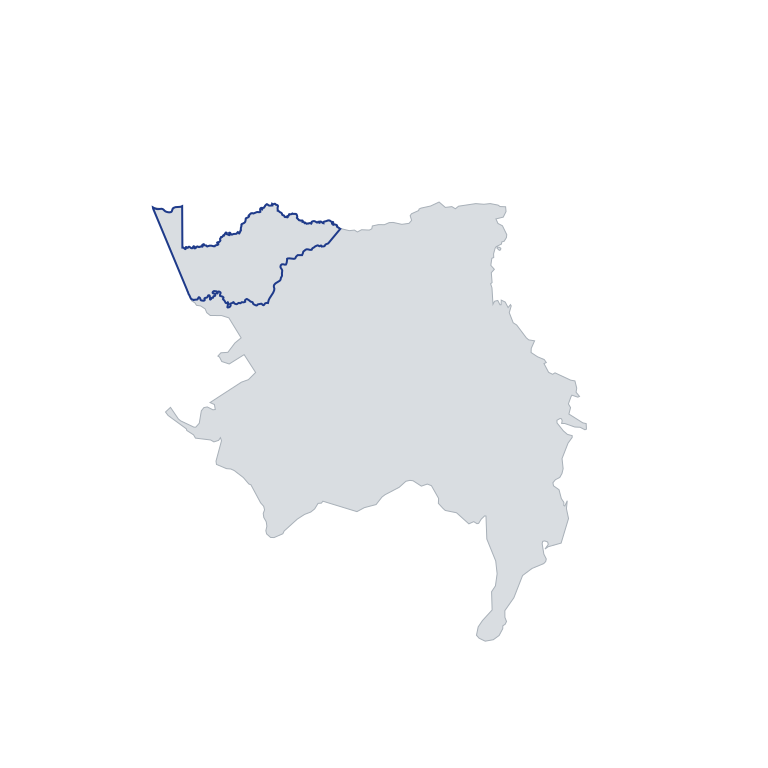 Amazonas on a map of Colombia (Mercator projection), rotated 147°
{"feature_id": "COL-1283", "entity_name": "Amazonas", "entity_type": "Commissiary", "adm_level": 1, "iso_a3": "COL", "parent_name": "Colombia", "parent_adm1": "", "projection": "mercator", "projection_center": [-71.672, -2.052], "detail": "fine", "context": "in_parent", "style": "outline", "palette": "blue", "viewbox_px": 768, "rotation_deg": 147, "n_neighbors": 0, "source": "natural_earth", "source_scale": "10m", "svg_char_len": 9817}
<svg xmlns="http://www.w3.org/2000/svg" viewBox="0 0 768 768"><g transform="rotate(147 384 384)"><path d="M437.3,129.0L430.2,132.0L416.4,135.6L406.9,151.2L400.5,154.0L392.5,163.2L386.7,174.7L382.2,198.0L370.4,217.7L371.4,218.6L376.1,217.7L380.5,215.6L382.1,216.2L383.7,219.7L389.0,220.5L393.3,236.5L401.5,244.6L402.3,247.7L403.4,254.3L400.5,258.3L399.6,272.9L402.2,276.5L408.3,278.0L412.3,287.0L414.8,289.1L418.6,290.5L427.5,289.1L443.5,290.6L447.3,290.3L456.3,287.2L467.8,291.0L476.2,291.7L499.1,319.0L501.4,318.2L504.3,319.8L510.2,317.0L515.1,316.5L521.7,317.9L530.4,317.9L547.8,315.1L550.4,313.5L559.9,315.1L562.7,317.1L564.1,322.2L563.0,325.3L559.7,328.5L557.8,332.6L557.5,337.5L555.8,341.2L552.7,343.5L551.5,347.0L552.2,351.5L550.5,372.0L551.8,373.7L552.9,382.1L556.8,393.1L558.8,396.2L562.2,398.8L568.3,407.8L566.9,410.8L551.2,424.9L550.4,428.1L553.4,426.8L558.2,428.1L559.9,431.5L571.6,441.3L571.4,445.1L574.7,452.4L574.2,454.1L582.2,475.1L582.5,479.5L575.8,480.7L575.5,466.7L574.6,463.8L566.9,451.3L565.4,450.3L560.3,451.7L551.8,461.0L547.9,462.3L544.7,461.0L541.5,455.5L539.4,454.5L537.4,459.1L540.0,463.2L502.6,463.2L495.4,461.5L485.4,463.6L485.3,484.8L502.9,485.1L507.8,491.2L507.3,496.2L508.1,497.9L503.8,499.0L497.7,495.6L486.7,499.6L478.7,500.5L478.1,524.0L482.9,529.8L492.4,536.1L493.8,540.3L493.1,544.4L495.3,549.4L498.4,552.1L498.4,555.1L500.0,558.5L481.5,658.0L474.9,651.9L472.6,646.4L469.3,644.2L463.1,645.9L456.4,643.1L478.0,609.4L477.3,606.3L459.2,598.1L457.4,596.0L448.8,591.6L444.0,592.8L441.3,595.1L434.8,595.7L429.5,592.2L423.2,589.8L415.6,595.5L413.3,595.4L407.9,597.9L402.1,598.8L394.6,596.3L388.6,598.1L384.3,597.7L382.7,595.9L377.3,593.9L376.7,591.6L378.3,587.5L376.0,579.3L375.1,577.9L371.0,577.8L366.2,574.8L365.2,573.0L366.2,569.7L365.4,566.8L360.7,560.3L354.2,558.6L347.9,553.1L341.7,551.2L338.8,547.3L336.1,538.4L329.6,531.5L325.0,529.2L323.5,526.0L318.8,525.6L312.5,521.1L309.7,520.8L307.7,522.9L301.9,520.7L296.9,517.4L291.7,516.5L288.3,514.5L282.1,508.2L275.5,505.1L271.7,506.2L270.4,510.9L268.2,511.8L260.5,510.6L259.3,511.6L257.3,511.4L248.0,507.9L238.7,506.6L236.4,498.7L230.5,495.8L228.7,492.1L224.6,492.5L208.8,485.3L202.3,480.3L196.7,477.5L190.9,471.9L190.0,469.6L185.5,466.4L187.7,462.2L193.1,459.0L200.2,461.5L201.0,456.6L198.5,452.2L199.7,442.4L201.5,440.2L205.4,438.3L207.8,439.0L209.3,437.4L215.1,438.1L216.8,437.4L221.2,433.5L223.1,430.3L225.1,430.7L229.8,425.3L229.0,420.1L233.4,418.9L238.1,410.2L240.0,410.0L241.1,405.8L249.2,391.5L246.2,393.2L243.1,392.1L243.6,387.3L242.6,386.7L240.0,390.5L237.7,386.7L238.3,380.5L234.7,381.7L234.8,380.2L240.1,375.6L242.3,365.0L240.6,361.2L239.5,345.2L238.6,342.2L234.2,338.2L241.1,333.7L243.5,330.3L240.4,323.2L236.3,317.2L236.2,313.6L238.7,314.0L239.6,304.1L237.3,300.3L234.5,300.2L225.4,285.6L222.2,282.6L224.6,275.6L227.4,272.5L226.8,267.1L228.6,267.4L232.5,272.3L234.1,271.5L240.2,266.9L240.4,262.6L245.3,258.1L238.4,243.1L236.0,240.7L238.8,235.9L240.4,236.2L243.1,240.9L247.4,244.0L253.8,252.3L256.5,254.2L254.6,256.1L254.1,258.1L255.1,259.2L258.7,259.4L260.1,257.1L259.1,246.9L257.6,241.8L254.3,238.2L255.3,236.7L261.8,234.2L275.3,224.5L279.9,215.4L283.5,212.0L287.5,209.9L292.3,210.4L296.1,209.2L297.3,206.3L294.8,200.0L297.7,191.3L297.6,186.8L299.4,184.2L298.8,183.2L293.9,186.3L298.9,180.1L302.5,170.7L322.1,154.1L334.9,158.1L338.9,157.9L333.6,160.0L332.8,162.4L334.7,164.9L336.6,165.6L338.3,164.0L342.6,154.3L343.2,148.9L345.0,147.1L347.8,146.4L360.3,148.7L372.1,147.9L391.5,134.0L406.1,128.1L409.7,122.4L410.6,118.1L413.3,116.5L416.0,116.5L417.7,114.1L424.4,110.4L431.6,110.0L439.2,113.2L442.7,119.0L443.3,122.9L437.3,129.0ZM215.3,436.4L214.4,437.1L212.7,435.8L212.1,434.2L213.2,433.0L214.5,433.3L215.3,436.4Z" fill="#d9dde1" stroke="#a8b0b8" stroke-width="1"/><path d="M499.3,560.0L499.4,561.4L498.9,564.4L498.9,565.9L498.3,568.2L498.3,568.8L497.9,570.5L482.1,656.9L481.6,658.0L480.7,656.2L479.4,654.6L478.4,653.8L475.1,652.1L474.3,651.2L473.9,650.1L473.7,649.0L473.3,647.8L472.5,646.7L471.5,645.6L470.3,644.7L469.0,644.2L468.1,644.3L467.4,644.8L466.1,645.9L465.2,646.3L464.4,646.3L462.6,645.9L457.9,643.3L456.4,643.1L478.8,608.2L478.2,607.8L477.9,607.4L477.3,605.5L477.0,605.3L476.3,605.7L475.8,606.6L475.5,606.7L475.2,606.5L475.1,605.6L474.4,605.1L473.3,605.5L472.7,605.3L472.3,604.7L471.9,603.3L471.5,602.7L470.8,602.3L470.1,602.5L469.5,602.9L468.7,603.2L468.1,602.5L468.1,602.2L469.0,601.8L469.1,601.1L468.7,600.7L467.3,600.7L466.2,601.1L465.9,601.1L465.5,600.9L465.0,600.0L464.6,599.6L464.0,599.3L462.8,599.1L462.3,598.8L461.9,598.4L461.5,598.1L460.9,598.4L460.9,599.4L460.6,599.6L459.3,599.6L459.0,599.4L458.9,598.2L458.7,597.8L457.6,596.9L457.6,596.0L457.3,595.6L455.9,595.3L454.7,594.9L453.5,594.1L451.9,592.3L450.9,591.7L450.2,592.0L449.4,591.9L448.0,591.3L447.0,591.3L446.7,591.7L446.8,592.5L447.1,593.3L446.8,593.5L446.0,593.4L445.2,592.9L443.8,593.1L443.1,593.4L442.5,595.0L441.5,595.4L440.9,595.9L440.6,596.0L439.8,595.6L439.5,595.5L438.3,596.0L437.7,596.2L437.4,595.7L435.1,596.9L434.0,597.1L433.6,596.4L433.8,596.2L434.2,595.8L434.3,595.5L434.2,595.2L433.4,594.2L432.8,593.2L432.5,593.0L432.0,593.5L431.7,594.7L431.5,595.1L430.9,594.9L430.7,594.4L430.7,593.0L430.5,592.4L430.2,592.1L428.3,591.7L426.3,590.5L425.6,590.4L424.5,590.9L423.8,591.0L423.6,590.5L423.6,589.3L423.4,589.1L422.6,589.5L420.7,590.7L420.4,590.7L419.1,592.8L417.3,594.3L417.1,595.0L416.7,595.4L416.2,595.6L414.1,595.3L413.1,595.3L412.1,595.6L411.2,596.4L409.8,598.1L409.3,598.2L407.2,597.8L406.9,597.8L406.0,598.0L405.9,598.1L405.9,598.8L405.8,599.0L403.4,599.5L402.7,599.6L402.1,599.4L401.5,599.1L401.1,598.7L400.9,598.3L400.6,598.1L397.3,597.5L396.7,597.3L395.2,596.1L394.6,595.8L394.0,595.7L393.6,596.3L392.7,598.1L392.3,598.4L391.8,598.6L391.6,598.6L391.4,597.4L391.1,596.8L390.4,597.3L390.2,598.0L389.3,597.4L388.8,597.2L387.0,597.9L386.6,598.3L386.2,598.4L384.5,598.7L384.2,598.5L383.9,598.0L383.4,596.5L382.8,595.9L380.5,594.6L380.1,595.7L379.7,596.1L379.4,595.4L379.2,595.1L377.7,594.8L377.2,594.4L377.0,593.2L376.4,592.7L375.9,591.8L375.9,591.5L376.0,590.9L377.5,589.5L377.8,588.8L378.8,587.2L378.3,586.8L377.7,584.8L376.9,583.5L376.8,583.0L376.8,582.5L377.2,581.4L377.0,580.8L376.2,579.9L376.1,579.5L376.3,578.3L376.1,577.9L375.2,577.4L374.3,576.4L374.0,576.4L373.9,577.3L373.6,577.4L372.5,577.1L372.0,577.2L371.3,578.0L370.9,578.0L369.7,577.0L368.0,576.9L367.8,576.3L365.7,575.0L365.0,574.2L365.1,572.9L365.5,571.8L365.8,571.3L366.6,570.8L366.6,570.2L366.2,568.9L366.1,567.8L365.9,567.4L365.2,566.9L364.8,566.3L363.6,565.8L363.3,565.3L364.0,564.3L363.5,564.1L363.1,563.6L363.0,562.6L362.9,562.1L362.2,562.1L362.1,561.6L361.6,560.5L360.8,560.3L360.2,559.8L359.1,559.6L358.5,559.2L358.0,558.7L357.7,558.1L357.2,558.3L356.7,559.1L356.2,559.4L355.3,559.3L354.4,559.0L353.6,558.4L353.0,557.5L352.3,555.9L351.8,555.7L350.8,555.9L350.3,555.6L350.3,555.4L350.6,554.8L350.5,554.5L350.3,554.3L349.9,554.7L349.2,555.1L348.5,554.7L347.6,552.2L347.2,551.8L346.7,552.8L345.8,552.8L343.8,552.1L341.9,551.7L341.0,551.2L340.3,550.3L339.8,548.8L339.5,548.4L338.7,547.8L338.5,547.5L338.7,547.1L339.1,547.1L340.1,547.1L340.3,546.8L339.6,545.6L339.8,545.1L339.6,545.0L339.0,545.0L338.5,544.7L337.4,543.5L337.1,543.0L337.1,542.4L337.3,542.1L337.7,541.8L337.8,541.6L336.2,537.9L354.2,532.3L356.7,532.8L357.2,532.8L358.6,532.1L359.1,532.1L359.7,532.3L360.6,532.9L361.2,533.1L361.4,533.2L361.4,533.5L361.3,534.1L361.3,534.3L361.8,534.6L362.9,534.6L363.2,534.8L363.9,536.2L364.3,536.5L366.7,536.9L368.2,536.7L369.7,536.8L370.4,536.7L371.5,536.0L372.1,536.2L373.2,537.0L374.4,538.3L375.7,539.2L377.0,539.3L378.1,539.1L379.0,539.1L379.7,538.9L380.5,538.1L382.5,536.7L386.2,539.1L388.4,538.7L389.6,537.9L390.6,537.7L391.5,538.1L394.9,540.9L395.8,541.4L396.6,541.8L397.1,541.8L397.9,540.6L399.4,538.9L400.5,538.0L401.3,537.6L402.3,538.2L403.3,539.3L404.5,540.0L405.9,539.8L407.1,538.6L407.3,537.8L407.3,535.8L407.5,534.7L408.1,533.9L409.4,532.3L410.4,530.6L410.9,530.1L412.6,529.2L413.9,527.9L414.7,527.5L415.7,527.4L420.1,527.5L421.4,527.2L422.4,526.8L423.1,526.1L423.6,525.1L424.0,523.7L425.2,522.3L427.3,520.9L433.3,518.2L435.0,517.2L437.2,515.1L438.0,515.8L439.0,516.2L439.5,516.3L440.1,516.3L441.4,515.7L442.1,515.7L442.6,516.3L442.9,517.7L443.2,518.2L446.4,519.5L446.7,519.5L447.4,519.2L447.9,519.2L448.3,519.4L448.7,519.9L449.6,521.3L450.0,522.3L450.0,522.9L449.7,523.8L449.7,524.2L451.0,525.8L451.7,528.0L452.7,530.0L453.0,530.1L454.2,530.1L454.7,530.0L455.1,529.7L455.6,528.6L456.2,528.6L457.5,529.1L458.5,529.9L458.8,530.1L460.3,529.9L460.8,530.2L461.4,531.0L461.9,531.2L463.5,531.1L464.1,531.2L464.6,531.6L465.5,532.8L465.7,533.4L465.6,534.4L465.8,534.7L467.2,534.6L468.9,535.0L469.5,534.9L469.7,534.5L469.7,533.6L470.0,533.2L470.7,532.9L471.3,532.7L471.9,532.7L472.6,532.9L473.4,533.3L473.5,533.7L473.2,534.1L471.1,536.0L470.5,536.9L470.5,537.6L471.9,537.4L472.4,537.9L472.6,538.4L472.4,540.9L472.8,542.5L472.8,543.0L471.8,543.6L471.5,544.0L471.8,545.2L472.8,546.3L473.5,547.3L472.7,548.4L471.8,549.0L471.4,549.4L471.3,550.0L471.5,550.6L471.9,551.3L472.5,551.7L473.1,551.6L473.9,550.9L474.3,550.7L474.6,551.1L474.5,551.6L474.1,552.5L474.0,552.9L475.9,554.5L476.5,554.6L477.2,554.5L477.8,554.2L478.1,553.6L477.7,552.7L476.8,552.0L476.4,551.3L477.2,550.3L477.7,550.0L478.1,550.0L478.9,550.4L479.3,550.4L479.7,550.1L480.0,549.8L480.4,549.5L481.4,550.0L482.9,549.4L483.6,549.4L483.8,549.7L483.6,550.1L483.4,550.5L482.6,551.2L482.6,552.1L482.1,553.1L482.2,553.5L482.7,553.9L483.3,554.0L484.8,553.0L485.6,553.0L487.1,553.6L487.8,553.6L488.2,553.3L488.4,552.4L488.7,552.0L489.2,551.9L489.7,552.0L490.1,552.2L491.5,553.4L491.9,553.9L492.0,554.5L491.5,556.1L491.6,556.8L491.8,557.4L492.1,557.6L492.5,557.5L494.2,556.6L494.7,556.6L496.9,557.8L497.9,558.0L498.1,558.2L498.2,558.7L499.3,560.0Z" fill="none" stroke="#1e3a8a" stroke-width="2"/></g></svg>